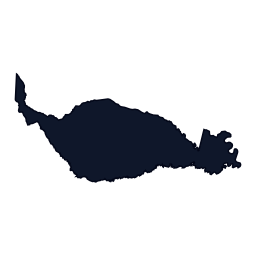 Cumaral, Meta, Colombia
{"feature_id": "7082276B27464538286793", "entity_name": "Cumaral", "entity_type": "district", "adm_level": 2, "iso_a3": "COL", "parent_name": "Colombia", "parent_adm1": "Meta", "projection": "robinson", "projection_center": [-73.341, 4.26], "detail": "fine", "context": "isolated", "style": "filled", "palette": "ink", "viewbox_px": 256, "rotation_deg": 0, "n_neighbors": 0, "source": "geoboundaries", "source_scale": "gbopen_adm2", "svg_char_len": 5907}
<svg xmlns="http://www.w3.org/2000/svg" viewBox="0 0 256 256"><path d="M16.6,74.1L15.4,99.4L15.6,100.3L16.7,101.5L18.0,101.8L19.4,104.2L18.7,105.3L19.4,106.7L18.6,110.4L18.9,111.6L19.4,112.1L22.1,112.0L22.9,112.9L23.8,115.3L25.8,117.9L26.2,119.8L26.2,121.1L26.6,121.5L27.8,124.9L29.6,124.6L29.7,123.8L32.7,123.4L37.2,121.3L39.1,123.3L39.4,124.6L40.8,126.9L40.6,127.8L40.9,127.8L40.7,128.3L41.0,128.9L41.5,128.7L42.0,129.3L43.6,129.9L43.6,130.5L44.5,131.0L44.7,131.8L45.5,132.2L45.3,133.5L46.7,136.7L48.7,138.9L49.2,138.8L49.2,140.3L51.0,143.8L52.1,143.8L52.3,144.5L53.2,144.9L53.2,145.7L54.0,146.6L54.1,147.7L54.9,147.9L55.4,148.5L55.5,149.6L56.3,151.0L60.1,153.2L59.8,153.9L60.6,154.4L60.6,156.1L62.3,156.4L63.0,158.0L63.9,157.5L63.7,157.8L64.2,158.2L64.7,159.6L65.9,160.0L66.8,159.8L67.7,160.8L67.4,161.4L68.0,161.5L68.5,162.3L68.8,161.9L69.1,162.3L68.9,162.9L69.3,163.1L69.1,163.5L69.6,163.5L69.2,163.9L69.9,164.4L69.9,165.0L70.4,166.0L71.0,166.4L71.2,167.6L70.5,168.2L70.3,170.2L70.8,170.5L71.7,170.1L73.2,170.9L74.3,173.4L74.8,173.1L75.4,174.2L76.4,174.2L76.8,174.6L76.9,175.5L76.3,176.2L76.7,176.1L78.0,177.6L79.5,177.2L80.3,177.5L80.3,177.9L80.9,177.9L82.7,176.6L84.4,176.7L85.0,176.3L85.8,177.1L86.8,177.4L87.0,178.5L87.5,179.1L90.1,180.6L92.6,181.5L94.6,181.2L94.9,181.6L95.4,181.2L95.9,181.9L97.6,180.9L100.4,180.4L100.8,179.8L102.2,180.0L104.8,179.3L105.0,178.8L106.8,180.6L108.2,180.3L109.7,181.2L109.6,180.5L110.6,181.0L110.5,180.3L111.2,180.3L111.4,180.7L112.0,180.0L112.6,180.6L112.7,179.9L113.6,180.8L113.9,180.2L113.7,179.5L113.2,179.7L113.4,179.2L114.7,178.5L114.9,178.7L115.9,177.8L116.3,178.4L117.6,177.9L117.9,178.6L119.4,177.3L120.6,178.5L121.0,178.0L122.6,177.9L122.8,177.3L125.0,176.8L125.3,177.4L126.2,177.3L126.2,177.7L126.6,176.5L127.5,176.3L127.8,176.5L127.5,176.8L127.8,177.1L127.7,177.7L128.4,177.9L129.3,177.3L131.7,177.8L134.0,177.1L134.5,177.6L135.2,177.4L136.8,176.5L137.4,175.5L138.5,175.1L139.5,175.8L140.0,175.0L140.6,175.3L142.0,173.9L143.2,173.8L144.0,171.7L144.9,170.9L145.6,171.3L145.7,170.6L147.4,172.4L147.8,172.5L148.6,171.7L149.3,172.2L150.0,171.7L150.9,171.8L152.5,169.8L153.8,169.6L154.0,168.7L154.6,168.2L155.9,168.2L156.3,167.1L155.9,166.9L155.8,166.0L156.1,165.6L156.7,165.9L157.2,165.2L157.9,165.5L158.1,164.7L158.5,165.0L159.3,164.6L160.7,165.6L161.5,165.3L162.2,164.4L162.4,165.2L162.9,165.3L162.7,166.5L163.3,167.1L164.1,165.5L164.7,165.6L165.2,166.2L168.6,167.0L169.3,166.1L169.8,166.0L169.9,164.2L171.5,164.2L171.8,164.6L171.8,165.3L171.3,165.7L171.8,166.3L171.6,166.7L172.0,166.7L172.3,167.2L174.0,166.6L174.3,167.0L174.1,168.0L176.7,167.7L178.9,166.6L178.9,166.0L179.3,165.8L179.8,166.3L181.0,166.1L182.1,166.5L182.5,167.2L182.3,167.8L183.6,167.8L184.4,167.6L186.2,166.2L188.0,166.0L189.6,165.2L190.3,164.2L191.0,165.6L191.3,165.3L191.8,165.5L191.8,164.7L191.3,164.3L191.5,162.9L192.9,162.6L193.9,161.8L194.5,162.6L194.4,163.1L193.8,163.1L193.0,164.7L193.7,165.3L195.5,165.7L195.6,167.9L197.4,167.8L197.8,168.3L198.7,168.0L199.6,168.3L201.7,167.4L202.8,168.4L204.9,167.5L205.6,168.6L204.8,170.1L205.1,171.8L207.1,171.4L207.6,171.4L207.8,172.1L208.3,171.6L208.7,172.1L209.6,171.5L210.0,172.1L210.0,173.9L211.1,174.5L214.0,172.1L215.2,172.2L216.5,173.9L218.1,173.4L220.4,171.8L221.1,170.7L222.3,169.8L222.4,168.7L221.7,167.4L222.0,166.9L225.3,168.0L225.5,167.1L226.2,166.3L225.5,165.5L224.0,165.7L223.6,165.4L223.5,164.1L224.3,163.3L227.2,162.8L227.7,163.5L227.9,165.9L228.8,166.3L230.4,165.3L230.9,164.6L230.9,164.0L232.5,163.7L233.0,164.5L232.4,167.1L233.1,167.6L236.5,166.1L237.7,166.7L238.1,167.7L240.0,166.5L240.5,165.5L240.6,164.3L240.1,163.1L236.6,162.1L235.8,161.2L235.2,159.7L237.5,152.7L237.6,151.3L237.3,150.1L236.4,149.1L235.0,148.9L234.3,149.7L233.8,152.6L233.0,153.5L231.6,153.9L229.3,153.0L228.4,151.6L228.4,150.2L228.9,149.5L231.2,148.1L232.0,147.0L232.4,145.6L232.2,144.2L230.4,142.6L228.9,142.3L227.0,143.0L226.0,142.9L225.2,142.6L224.3,141.4L224.2,140.0L224.5,139.3L225.6,138.6L225.9,138.0L227.5,137.0L230.3,136.9L230.8,136.4L230.7,134.5L229.1,133.1L227.0,132.6L225.1,131.3L221.8,131.7L220.3,133.6L217.9,134.6L217.6,136.1L216.6,137.4L214.4,136.5L213.3,135.6L210.6,135.9L209.5,134.5L209.3,131.4L206.2,129.9L204.9,130.0L204.0,129.5L198.9,150.5L198.1,150.7L197.6,150.0L198.1,148.6L197.6,147.5L196.9,147.5L195.6,148.8L194.6,148.7L194.0,148.1L194.1,147.3L195.4,146.5L195.8,145.7L195.6,144.7L194.7,143.3L194.1,143.6L193.8,146.3L193.2,146.4L192.4,144.0L191.1,142.0L189.1,141.4L186.5,139.2L185.2,138.8L185.0,137.9L185.3,135.7L184.8,134.4L183.5,133.8L182.9,134.4L182.6,135.6L182.0,135.7L181.3,133.9L180.4,132.7L180.3,131.6L179.4,131.1L179.0,129.5L178.1,128.9L177.1,129.8L176.2,129.5L175.7,126.1L172.7,124.8L171.0,121.8L169.8,121.8L169.5,121.1L167.3,121.4L166.8,120.5L164.3,119.7L162.7,117.8L159.9,117.2L158.5,116.4L157.9,115.4L153.3,115.1L149.3,113.8L147.4,112.6L147.1,112.0L146.4,112.1L145.4,113.3L144.1,113.5L141.7,112.4L137.9,109.9L135.0,109.3L132.3,109.6L130.0,109.2L124.7,107.4L121.1,106.8L119.6,106.1L118.1,104.4L115.6,103.7L113.5,101.8L109.9,99.5L108.0,99.0L96.6,100.5L94.3,100.1L92.5,101.0L91.0,100.9L89.6,102.2L87.8,101.5L85.3,102.8L83.7,102.9L82.2,103.4L80.5,105.5L79.2,106.3L75.9,106.0L74.3,108.2L74.2,109.4L73.3,109.3L72.8,109.7L72.7,111.3L71.5,112.0L71.0,113.3L68.7,114.7L65.5,114.7L64.5,116.7L63.6,117.1L63.1,118.5L62.3,119.1L59.5,119.8L58.6,120.3L56.2,117.9L54.4,117.6L54.0,117.0L54.0,116.5L53.3,115.9L52.1,115.9L51.3,115.3L49.9,115.2L49.2,115.4L47.9,116.8L46.7,116.4L45.7,115.4L43.8,114.6L43.0,113.6L41.8,113.6L39.8,112.6L37.8,112.7L35.6,111.3L34.1,110.9L32.0,109.2L30.3,108.6L29.6,107.6L27.4,106.7L26.8,105.7L25.3,105.3L25.1,103.1L24.4,102.3L24.5,101.6L23.8,100.8L23.8,99.9L24.9,98.9L24.7,98.1L25.2,97.6L25.2,96.1L26.0,95.2L25.5,93.5L24.1,92.6L24.1,91.3L23.6,90.9L24.1,90.2L23.8,89.1L24.2,87.9L24.3,85.7L23.0,82.6L19.4,78.2L18.6,76.3L18.0,76.1L17.4,74.7L16.6,74.1Z" fill="#0f172a" stroke="#020617" stroke-width="1.5"/></svg>